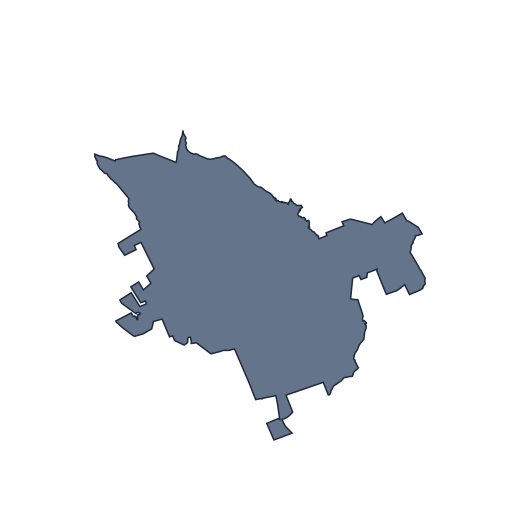 Villa Victoria, México, Mexico, rotated 149°
{"feature_id": "50627088B15361749852756", "entity_name": "Villa Victoria", "entity_type": "district", "adm_level": 2, "iso_a3": "MEX", "parent_name": "Mexico", "parent_adm1": "México", "projection": "natural_earth1", "projection_center": [-99.997, 19.432], "detail": "fine", "context": "isolated", "style": "filled", "palette": "slate", "viewbox_px": 512, "rotation_deg": 149, "n_neighbors": 0, "source": "geoboundaries", "source_scale": "gbopen_adm2", "svg_char_len": 6104}
<svg xmlns="http://www.w3.org/2000/svg" viewBox="0 0 512 512"><g transform="rotate(149 256 256)"><path d="M330.2,133.0L325.3,131.3L324.6,130.4L323.3,130.5L310.9,126.1L314.0,117.5L319.8,103.8L320.7,105.2L333.0,107.0L335.4,89.1L316.3,85.6L318.5,94.9L318.3,98.9L318.0,102.5L314.5,101.8L312.5,101.7L309.6,102.0L304.9,103.3L302.0,121.3L263.4,113.1L265.6,99.6L264.9,99.3L263.3,99.7L260.8,102.1L259.4,102.7L258.1,103.6L256.7,104.4L255.6,104.7L253.7,104.8L253.0,104.7L249.1,105.1L248.5,105.0L246.8,105.2L243.4,106.4L237.5,104.3L236.7,103.8L235.4,103.3L234.5,103.8L232.3,106.0L229.8,106.6L227.9,106.8L226.5,107.2L225.8,107.5L226.0,108.0L225.6,109.3L225.7,110.5L225.6,111.4L225.5,111.5L225.4,111.9L225.6,112.7L225.3,113.2L225.6,113.9L225.3,114.4L225.4,114.6L225.2,115.1L225.2,115.3L224.8,115.7L225.3,117.6L224.1,118.8L221.7,121.5L218.2,123.0L216.6,124.0L214.6,125.7L211.9,127.2L210.8,127.7L209.3,128.0L207.4,128.9L206.7,128.8L202.1,134.8L200.4,136.1L200.3,136.3L199.9,136.4L199.6,136.9L198.9,137.3L198.4,137.9L197.5,139.4L197.4,140.4L197.6,140.7L197.6,141.7L196.6,141.3L196.0,141.5L195.7,142.1L196.2,143.2L196.1,143.6L196.4,144.8L197.8,145.0L197.9,145.4L196.9,147.6L196.4,148.0L196.0,148.6L195.3,149.1L194.6,151.2L191.2,166.2L193.8,167.8L197.0,170.5L184.5,187.3L177.6,186.1L178.2,181.8L172.0,180.6L169.3,184.2L163.4,183.1L159.0,182.4L160.1,181.1L163.1,162.5L164.0,156.0L153.3,153.8L148.0,154.1L147.3,154.4L143.3,154.7L144.3,143.9L139.9,143.2L138.6,143.2L138.2,142.9L133.9,142.4L131.0,142.2L129.1,142.7L129.0,143.2L128.1,144.2L127.8,144.0L127.0,144.4L126.0,144.5L125.7,144.7L124.8,145.7L124.3,147.6L123.3,148.7L123.0,149.4L122.5,149.8L122.4,150.5L122.3,155.2L122.1,157.9L122.3,160.8L122.1,162.9L121.9,179.8L118.7,183.0L118.0,184.5L117.5,185.1L115.5,186.0L114.9,186.1L113.1,188.1L110.4,189.6L109.3,190.6L109.1,191.1L105.7,190.1L102.2,189.4L102.2,197.0L107.2,207.1L108.6,208.6L108.5,217.4L120.7,217.6L128.5,218.1L128.7,225.4L136.3,224.4L140.2,223.1L155.8,238.9L164.6,241.1L165.2,236.7L184.0,239.8L184.8,237.0L193.0,238.3L192.8,239.0L192.9,239.4L192.5,240.4L192.8,240.6L192.7,241.2L192.4,241.4L192.3,241.7L193.4,242.9L193.5,244.3L193.8,245.2L193.6,246.1L193.7,246.5L194.5,247.3L195.0,248.3L195.5,250.6L195.8,250.7L196.6,253.2L196.3,253.6L195.6,253.0L195.2,253.1L195.1,253.6L195.3,253.8L195.3,254.3L195.0,254.7L194.2,255.3L194.1,255.6L194.1,255.9L193.9,256.3L192.9,257.1L192.9,257.9L192.6,258.7L192.5,259.3L192.8,259.6L193.5,259.5L193.9,259.7L194.6,259.7L194.9,259.9L194.9,261.8L194.6,262.2L194.6,262.5L195.0,262.8L195.0,263.4L194.7,263.7L194.7,263.9L195.2,264.3L197.0,265.2L197.0,265.5L197.2,266.4L197.7,266.8L197.9,267.5L198.7,267.7L198.7,268.6L198.9,268.8L198.7,270.4L198.1,270.9L196.9,271.1L195.7,272.3L195.0,273.5L194.6,273.5L194.5,273.3L195.1,272.7L195.1,272.1L194.7,272.2L194.2,272.8L193.9,272.8L193.7,273.1L193.5,273.6L191.2,273.7L191.1,274.0L191.4,274.6L191.1,275.9L191.5,276.3L194.7,278.1L195.2,278.8L195.4,280.1L196.1,281.0L196.5,281.7L196.7,284.3L197.4,284.5L196.5,286.8L196.2,286.8L197.2,287.1L198.6,286.0L201.0,284.4L201.7,283.7L202.1,284.3L202.2,285.1L202.1,285.6L202.7,285.9L203.6,286.8L204.1,287.0L204.1,287.5L204.3,287.6L204.7,287.4L204.8,287.9L205.4,288.8L205.6,288.3L206.4,288.6L206.5,289.5L207.4,290.0L208.1,290.7L208.2,291.1L208.7,291.7L208.5,292.1L208.6,292.3L209.1,292.6L209.4,292.4L210.0,292.4L210.1,293.6L210.5,294.2L210.1,294.4L209.6,294.3L209.5,294.8L209.9,294.9L209.8,295.2L210.1,295.1L210.2,295.5L210.0,295.9L210.4,296.3L210.3,296.6L210.5,296.7L210.8,297.1L211.0,297.2L210.8,297.7L210.7,298.5L211.1,300.8L211.7,302.2L211.8,303.0L213.9,306.0L216.3,312.5L216.9,312.5L218.8,314.8L220.5,318.6L221.0,325.4L222.6,332.8L224.1,339.1L225.0,341.7L225.2,343.2L225.9,344.0L225.9,345.2L228.0,350.5L229.6,353.7L231.0,357.8L233.0,358.7L235.9,359.0L240.3,360.8L241.8,361.0L243.3,361.6L245.3,362.5L247.1,363.9L247.9,364.6L250.3,368.1L252.2,370.3L253.8,373.4L255.1,374.6L256.8,375.3L257.4,376.0L258.5,377.5L259.7,379.7L260.2,381.8L260.1,384.7L259.5,386.1L259.2,387.4L257.8,388.5L257.5,389.0L257.2,390.1L257.3,390.7L257.2,391.2L256.9,391.9L256.4,392.3L255.9,392.4L255.4,393.2L255.0,394.6L255.2,396.0L255.1,398.1L254.9,398.9L254.3,400.3L254.3,400.6L255.2,399.9L257.0,397.3L258.2,396.7L260.7,394.8L264.0,391.2L264.9,390.7L265.9,389.9L266.0,389.4L266.8,388.1L268.1,386.5L269.2,386.1L269.9,385.4L270.6,384.3L274.3,379.6L276.4,377.4L281.8,384.7L287.5,392.0L290.6,396.5L291.1,396.9L291.2,397.1L310.2,404.9L317.8,407.7L326.7,410.8L327.7,409.9L333.2,417.1L336.7,420.9L337.7,421.4L339.0,422.9L341.8,426.4L343.0,424.0L343.4,420.4L343.1,420.0L343.1,419.5L343.3,419.0L343.5,418.9L344.3,417.6L344.8,414.6L344.9,411.2L344.7,411.1L343.2,405.4L342.6,404.4L341.7,403.8L341.4,403.3L341.4,400.9L340.5,396.2L340.0,395.3L339.2,391.8L338.2,389.3L335.4,370.7L337.3,368.7L338.1,366.5L339.2,365.2L339.2,364.6L339.7,362.8L338.5,357.1L338.3,356.9L338.0,354.1L338.2,352.3L338.0,351.2L338.1,350.8L339.0,350.1L339.2,349.7L339.2,348.6L339.0,348.3L338.3,344.9L339.5,344.3L340.1,343.2L340.0,342.3L340.4,341.8L340.3,341.2L340.8,340.2L340.6,339.5L341.2,338.1L367.8,337.8L368.9,333.9L368.2,324.2L355.5,323.2L354.9,327.7L347.6,326.9L350.0,297.3L360.0,295.1L360.1,286.8L370.0,284.9L369.9,294.2L378.8,294.1L378.8,293.7L379.2,293.8L378.9,275.3L373.9,274.3L374.8,271.4L381.6,272.5L381.9,288.8L395.4,288.4L395.5,284.8L395.4,284.4L388.5,268.2L387.3,268.8L385.7,268.3L384.8,266.5L384.9,266.0L385.9,266.3L386.5,266.0L387.2,266.5L387.7,266.3L387.7,266.0L387.9,265.7L388.3,265.6L390.1,263.0L390.3,262.8L390.3,262.5L390.6,262.6L390.7,263.0L390.5,264.0L390.2,264.9L390.5,264.8L390.8,265.7L390.7,266.3L390.7,266.6L391.0,267.1L391.5,267.0L392.1,267.6L392.2,268.0L392.2,268.6L392.6,269.7L392.4,270.0L392.6,270.5L392.2,270.7L392.3,271.5L409.6,272.5L409.8,271.5L407.4,263.5L402.6,251.5L401.6,249.7L392.9,247.4L383.0,247.2L377.6,252.7L369.0,250.3L371.8,231.2L368.6,230.5L369.3,225.4L363.4,216.6L359.1,217.1L356.5,221.1L354.0,220.3L355.6,215.9L356.6,214.4L351.8,212.3L345.0,195.3L336.1,192.7L332.6,191.9L327.6,188.9L326.3,188.5L326.2,188.6L322.3,187.4L326.8,154.1L327.8,147.6L330.1,134.1L330.2,133.0Z" fill="#64748b" stroke="#1e293b" stroke-width="1.5"/></g></svg>